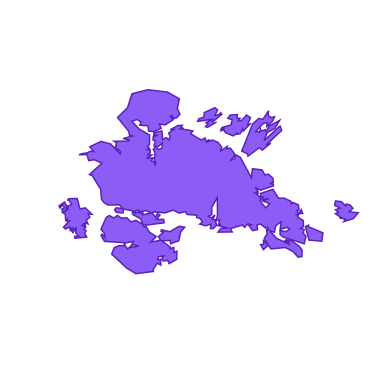 the district of Fjell nor, Hordaland, Norway, rotated 146°
{"feature_id": "86288312B65460294234921", "entity_name": "Fjell nor", "entity_type": "district", "adm_level": 2, "iso_a3": "NOR", "parent_name": "Norway", "parent_adm1": "Hordaland", "projection": "robinson", "projection_center": [5.057, 60.356], "detail": "fine", "context": "isolated", "style": "filled", "palette": "violet", "viewbox_px": 384, "rotation_deg": 146, "n_neighbors": 0, "source": "geoboundaries", "source_scale": "gbopen_adm2", "svg_char_len": 6101}
<svg xmlns="http://www.w3.org/2000/svg" viewBox="0 0 384 384"><g transform="rotate(146 192 192)"><path d="M267.2,263.8L265.5,261.3L266.2,245.3L271.1,236.6L270.9,232.5L269.1,228.4L259.3,221.7L258.8,216.8L263.5,221.3L266.0,220.7L266.2,217.5L261.0,213.2L258.2,216.1L251.6,209.5L253.3,207.8L248.0,207.8L246.2,206.5L248.0,205.5L240.4,202.2L237.8,197.5L234.5,196.7L225.8,189.6L217.8,187.6L214.5,181.7L208.4,179.3L208.6,176.1L201.0,170.1L202.4,168.3L200.0,165.3L200.2,161.2L203.6,161.1L199.4,156.2L194.2,154.8L197.2,151.4L194.9,149.8L190.0,150.7L188.6,156.3L190.2,157.6L185.8,160.1L190.5,159.7L191.9,162.7L188.2,162.2L184.1,168.3L174.2,173.2L184.2,158.0L188.6,154.7L184.7,153.5L187.7,150.5L186.1,149.0L189.5,149.9L182.0,141.6L188.5,145.7L192.9,144.2L181.0,136.4L180.7,140.2L168.8,136.4L168.1,133.3L163.4,134.4L161.3,131.9L163.6,132.5L163.3,126.0L158.7,124.1L156.5,128.4L153.2,127.2L151.1,120.7L149.0,120.5L149.5,118.0L151.3,119.0L153.2,115.2L157.9,113.3L158.4,106.0L159.9,111.8L161.8,108.6L164.5,110.0L165.1,104.3L158.5,105.2L158.4,100.7L145.7,93.8L141.6,86.3L140.5,78.7L137.1,77.0L133.2,82.2L133.4,87.0L136.7,95.8L139.5,98.3L140.7,94.2L143.4,98.9L141.0,97.2L140.4,99.7L143.8,99.6L147.8,106.4L149.1,116.3L146.1,112.6L141.4,117.2L134.7,117.4L139.8,111.8L133.2,109.6L131.6,106.6L136.5,106.7L140.5,111.0L142.8,107.3L141.4,103.4L127.9,86.3L122.2,91.6L122.8,95.7L119.9,98.2L122.5,101.2L119.0,101.0L115.6,106.1L118.3,111.7L116.6,113.7L119.1,115.4L112.1,112.5L111.2,116.3L115.2,114.4L115.7,118.0L113.2,117.3L111.0,121.9L114.1,126.9L116.1,126.6L115.2,129.0L119.2,135.6L123.7,138.4L123.4,149.0L136.2,152.5L137.4,148.8L135.0,147.4L137.7,148.3L138.1,146.3L131.6,143.5L138.4,145.1L134.1,138.8L139.8,137.7L140.5,146.4L138.1,149.2L139.6,153.9L137.9,154.1L140.1,156.0L137.0,155.5L136.9,160.5L134.3,155.2L121.0,151.5L120.2,153.1L122.9,155.5L119.1,154.6L117.2,158.3L118.7,164.0L122.0,165.6L121.6,171.2L128.9,177.5L134.8,170.6L132.5,193.8L135.0,198.4L138.3,195.8L142.1,196.6L135.3,199.2L135.7,206.9L139.0,208.5L137.3,210.1L145.4,210.0L142.3,212.5L142.6,218.5L146.0,223.7L150.6,224.8L148.3,225.8L151.8,225.7L151.0,229.5L155.3,230.0L160.5,240.9L157.1,242.2L165.2,249.9L163.2,250.1L166.7,251.1L162.7,252.7L166.5,255.0L175.2,255.8L172.1,253.9L178.5,253.9L178.9,250.4L181.9,248.0L182.9,251.5L187.0,251.8L182.8,259.5L190.7,262.1L192.3,260.2L188.3,258.3L193.5,259.3L195.3,256.7L193.5,255.1L197.8,251.5L194.8,248.5L189.3,249.1L192.3,245.2L195.7,245.8L197.4,249.6L200.4,248.9L200.5,245.6L206.3,238.1L205.1,237.0L208.1,234.7L206.4,238.1L208.4,240.7L204.8,241.9L210.7,245.3L204.6,245.1L207.8,247.7L204.6,247.8L203.1,250.4L205.1,252.2L203.0,252.0L203.2,254.8L200.7,255.1L195.3,262.9L200.6,273.8L202.3,284.4L196.9,282.7L195.2,278.5L198.0,276.6L191.4,271.5L193.9,266.8L189.7,263.2L182.0,262.0L181.0,266.7L176.8,262.6L167.2,262.4L167.8,266.8L165.9,266.9L166.2,263.2L163.6,262.1L158.5,263.2L157.4,269.5L150.4,276.3L156.4,288.5L171.5,301.5L186.8,307.0L198.3,297.9L212.1,295.4L210.5,277.5L212.1,274.1L210.1,271.7L219.3,274.9L214.9,270.2L216.3,269.8L228.2,277.6L227.0,274.9L230.9,271.6L228.6,265.7L230.2,263.8L232.6,277.4L239.3,284.9L251.4,286.6L250.9,280.5L253.5,282.6L257.2,283.1L262.2,285.5L264.9,286.0L258.2,281.8L260.1,275.8L255.0,273.4L250.6,266.3L267.2,263.8ZM251.0,145.4L242.3,144.7L237.6,151.4L240.8,151.8L238.1,156.3L241.9,157.1L240.8,158.4L244.4,168.6L237.1,163.9L238.8,161.1L230.2,159.0L224.0,165.0L217.7,166.9L221.8,170.8L232.6,171.5L238.4,177.8L239.8,176.6L237.8,174.7L244.9,173.8L244.9,169.5L254.2,173.5L246.5,175.1L249.8,182.6L249.4,189.2L251.4,189.7L250.6,191.9L254.4,199.9L259.3,201.4L260.5,207.0L265.3,210.1L266.8,214.2L271.4,214.3L273.7,218.7L277.3,218.9L288.3,212.0L287.7,207.4L289.4,203.0L290.1,207.4L291.7,206.8L292.2,200.0L276.7,188.0L277.7,185.6L275.3,186.9L268.4,183.9L271.2,182.1L266.4,177.0L274.5,180.5L272.7,180.2L271.2,181.7L277.2,180.8L277.5,185.1L282.4,188.3L287.7,189.4L293.3,185.4L288.6,165.2L284.2,155.7L267.8,147.4L269.1,148.6L260.8,152.4L258.6,148.8L256.0,153.8L258.2,155.1L256.0,157.1L251.0,154.7L254.7,153.6L254.7,151.1L250.3,148.8L251.0,145.4ZM110.3,187.4L99.4,188.4L104.5,189.5L83.2,192.9L82.1,197.5L103.5,194.3L96.5,199.1L87.7,198.4L79.3,202.4L91.1,203.5L97.0,200.9L96.6,202.7L100.8,204.1L100.2,205.8L102.5,203.9L105.3,206.5L94.2,209.1L91.0,207.3L93.3,204.6L86.0,205.5L81.5,208.2L84.8,209.5L86.0,213.0L83.0,216.5L92.7,212.6L95.6,215.7L104.0,214.3L127.9,198.1L124.8,193.0L125.5,190.4L111.5,191.1L110.3,187.4ZM310.0,236.6L318.2,234.7L317.5,232.0L313.0,231.3L314.3,228.4L311.2,229.4L310.6,227.4L313.6,227.6L313.4,224.8L307.5,227.6L311.3,223.0L310.5,218.7L314.1,220.9L315.0,219.2L304.5,213.5L304.1,217.7L301.4,219.1L302.4,221.7L299.8,222.1L298.7,225.1L300.9,223.5L302.0,225.7L297.7,226.0L296.1,223.7L295.3,227.9L290.9,228.1L290.1,231.8L287.4,229.5L289.3,238.5L294.3,240.6L290.8,250.8L298.0,255.5L300.1,254.6L298.7,254.7L298.6,249.0L302.4,249.7L304.9,246.6L306.4,247.7L303.7,249.5L303.3,255.0L310.1,254.8L310.3,252.6L306.4,253.7L306.4,250.3L309.5,250.6L310.2,248.4L306.3,246.6L310.8,247.3L309.4,244.7L312.6,239.1L310.6,239.3L312.0,237.6L310.0,236.6ZM115.5,213.8L105.7,215.9L108.1,216.9L101.9,220.9L103.7,225.3L111.4,223.4L113.8,225.3L110.9,226.0L113.4,228.3L111.0,230.8L117.4,234.4L121.2,233.1L118.2,229.5L122.2,225.8L131.0,228.7L134.0,227.3L129.2,227.3L133.1,226.3L130.9,225.6L131.1,222.5L126.5,215.5L121.0,215.6L122.7,214.9L119.6,213.4L114.6,215.9L115.5,213.8ZM73.2,79.7L65.8,81.9L72.7,87.6L67.7,88.5L68.2,92.7L70.7,95.8L72.4,94.5L73.5,100.4L78.0,104.3L81.2,101.2L78.1,95.7L83.0,97.1L81.8,93.3L85.3,93.9L82.5,87.2L84.4,88.2L79.9,83.5L82.6,82.6L73.2,79.7ZM232.3,182.0L230.8,185.2L236.8,189.1L231.4,190.8L232.7,193.4L236.3,191.6L236.8,197.0L245.6,200.8L244.4,202.0L249.9,206.5L253.5,205.9L249.5,198.7L250.9,193.2L248.7,190.3L232.3,182.0ZM121.9,86.7L111.9,78.6L106.3,84.9L114.8,97.9L113.9,99.3L117.3,99.9L121.9,86.7ZM143.1,237.0L132.5,236.3L136.2,236.8L135.9,238.5L123.8,239.8L123.9,241.6L126.5,241.1L130.2,242.8L124.9,245.7L125.8,249.0L137.3,251.0L140.5,247.3L145.3,249.0L147.9,247.4L133.4,240.4L141.6,241.7L140.7,239.6L144.3,238.6L143.1,237.0Z" fill="#8b5cf6" stroke="#5b21b6" stroke-width="1.5"/></g></svg>